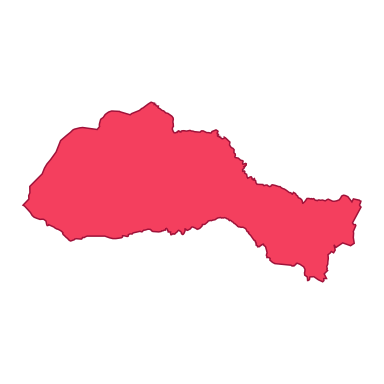 the district of Posaga, Alba, Romania
{"feature_id": "2599482B27316510351450", "entity_name": "Posaga", "entity_type": "district", "adm_level": 2, "iso_a3": "ROU", "parent_name": "Romania", "parent_adm1": "Alba", "projection": "mercator", "projection_center": [23.36, 46.459], "detail": "fine", "context": "isolated", "style": "filled", "palette": "rose", "viewbox_px": 384, "rotation_deg": 0, "n_neighbors": 0, "source": "geoboundaries", "source_scale": "gbopen_adm2", "svg_char_len": 6047}
<svg xmlns="http://www.w3.org/2000/svg" viewBox="0 0 384 384"><path d="M350.6,245.7L354.2,243.3L353.3,237.5L353.6,233.2L353.3,231.5L355.8,225.6L355.4,224.6L353.7,224.6L352.5,222.9L361.0,207.1L359.6,205.5L359.7,204.6L359.6,204.3L360.3,203.3L360.9,201.2L360.0,200.9L359.4,200.2L353.4,198.9L351.9,201.9L347.9,196.7L345.5,195.6L343.7,195.2L342.2,195.7L341.5,196.3L340.9,197.6L339.3,199.8L336.5,200.9L334.1,201.3L332.6,201.2L328.3,199.2L327.3,199.5L325.4,200.8L325.0,200.8L322.5,200.0L320.4,200.3L318.9,199.9L318.1,200.1L317.6,200.6L316.7,200.3L316.4,200.5L315.2,200.2L314.3,199.1L313.6,198.6L312.5,199.0L311.6,198.6L311.0,199.0L310.3,198.7L308.3,198.4L307.0,198.5L304.8,201.6L302.9,203.3L302.7,203.2L302.0,200.2L300.8,198.9L300.2,198.4L298.3,197.7L297.6,196.0L296.2,195.0L295.9,194.2L295.4,193.5L293.5,192.4L292.4,194.1L291.9,193.9L290.7,192.7L289.2,192.5L286.5,190.4L284.3,189.0L282.9,188.6L281.2,187.7L280.1,186.6L278.8,186.6L275.2,185.4L272.5,184.8L271.5,185.1L270.8,186.2L269.7,186.6L268.3,186.0L267.1,185.0L265.2,185.2L264.9,185.5L264.2,185.5L263.6,185.5L262.9,184.5L257.1,184.3L256.7,183.9L256.6,183.5L255.9,182.8L255.7,180.8L254.8,180.1L254.4,178.6L254.1,178.8L253.9,180.0L253.2,179.9L253.0,179.0L251.9,178.8L251.9,177.8L251.4,176.9L250.3,176.9L247.8,178.2L247.1,177.0L246.6,174.3L244.6,173.1L244.8,171.4L244.4,171.0L242.8,171.4L242.6,171.1L242.9,170.6L242.6,169.5L243.9,168.5L244.3,167.4L243.9,166.8L245.1,166.5L245.1,165.8L246.1,165.3L246.3,163.8L245.7,163.4L243.1,164.2L242.7,164.0L242.6,163.2L243.1,161.1L242.1,160.5L240.6,160.2L238.3,158.1L235.2,157.5L234.8,156.8L235.4,155.3L235.2,153.9L234.6,153.5L233.9,152.6L234.1,149.7L233.0,148.4L231.2,147.5L229.5,145.0L229.9,142.1L225.6,138.0L224.3,137.2L224.3,138.0L223.9,138.4L222.2,138.8L221.0,138.1L220.7,137.3L219.6,137.2L219.6,136.4L218.2,136.5L217.7,136.1L217.5,135.9L218.5,134.7L218.5,134.4L217.9,134.0L217.3,133.9L217.2,133.0L218.0,131.6L217.9,131.2L217.7,130.9L216.0,129.9L212.0,131.5L211.3,132.8L210.4,133.0L208.5,132.6L206.7,132.6L203.2,130.9L201.4,130.9L199.9,132.2L194.6,131.7L192.9,131.1L191.7,131.1L190.0,130.4L186.5,131.1L183.9,130.7L182.2,130.8L181.2,131.1L181.0,131.9L180.2,132.0L178.8,130.8L178.5,130.9L178.2,131.4L177.8,131.3L177.4,131.5L177.2,131.7L177.1,132.4L176.2,132.4L175.7,132.8L174.2,132.8L173.2,131.4L172.3,129.1L172.6,127.4L173.4,126.5L173.2,123.4L172.9,122.4L173.0,120.8L173.3,119.6L173.2,118.4L173.1,117.9L172.1,116.5L171.6,116.0L167.9,113.4L165.8,112.9L163.7,110.9L162.0,110.4L160.1,108.8L158.4,107.9L158.0,107.6L158.4,106.1L156.3,105.9L155.7,104.8L155.6,104.3L154.3,104.5L154.4,104.1L154.2,103.9L154.4,103.2L153.6,103.1L151.1,102.2L148.2,104.0L142.9,108.0L141.7,108.5L139.5,110.4L131.6,113.6L130.2,114.8L120.1,111.8L119.5,111.4L111.7,111.0L108.9,111.9L107.6,112.7L105.2,114.5L103.3,117.4L100.9,119.1L100.6,119.6L99.5,123.6L99.3,125.1L99.6,126.5L97.2,129.5L82.6,127.5L79.5,127.9L74.3,129.2L72.8,130.0L70.5,132.3L66.4,135.6L60.6,140.6L56.1,152.0L50.4,159.9L47.0,163.9L44.5,168.1L42.2,173.9L29.8,186.4L29.9,192.8L28.7,195.7L28.9,199.0L23.0,205.2L24.5,206.0L27.0,208.7L30.4,212.5L32.2,215.5L34.1,217.2L36.8,218.3L40.0,219.4L42.3,219.2L43.5,219.3L44.3,219.7L46.0,221.1L46.7,224.6L47.1,225.5L47.7,225.6L48.9,225.1L48.9,224.8L54.0,227.1L54.6,227.7L56.6,228.9L58.1,229.3L60.7,230.7L62.9,232.6L62.7,233.6L63.4,234.8L64.0,235.2L66.5,237.7L67.2,238.1L69.3,240.4L70.7,241.0L74.3,239.7L74.7,239.1L76.2,238.7L81.3,239.1L81.9,238.8L82.5,237.5L83.0,237.4L83.7,237.6L84.6,237.4L85.3,236.8L87.2,236.1L104.8,236.1L109.6,237.8L112.9,238.6L114.2,238.6L115.8,238.6L120.7,237.9L121.6,237.7L122.3,237.2L122.6,236.7L122.5,235.8L122.6,235.7L124.3,235.8L127.2,236.5L128.0,236.3L128.4,235.7L128.3,234.7L130.0,233.9L132.2,234.0L133.1,232.9L140.1,231.3L141.3,231.8L142.1,231.8L143.5,230.3L145.4,230.0L148.0,229.2L150.4,229.4L151.1,230.2L151.4,230.2L151.7,230.9L152.9,231.5L158.7,231.9L161.1,231.5L161.8,230.8L162.8,230.9L164.3,230.1L165.5,230.1L165.7,228.7L166.5,228.4L167.3,229.2L167.6,229.8L167.6,230.5L168.3,231.2L168.1,231.7L168.2,232.0L170.6,232.0L170.4,233.2L170.9,234.0L170.8,234.6L171.7,234.7L172.7,233.8L173.8,233.8L174.0,234.2L175.0,233.9L175.5,233.2L177.1,231.9L178.2,230.5L178.8,230.3L180.7,231.6L181.5,232.8L181.4,233.4L182.2,234.3L182.8,234.5L183.2,234.3L184.0,233.3L184.9,231.3L185.2,230.1L184.9,229.0L185.0,228.9L185.6,229.0L187.0,230.3L187.6,230.3L190.3,228.9L191.7,227.1L192.8,227.0L195.6,228.2L197.2,229.3L198.0,228.8L198.3,229.0L199.8,228.3L202.0,226.1L202.4,224.5L203.8,224.5L205.0,224.2L207.7,221.9L208.2,221.0L210.3,220.5L211.4,220.7L212.5,220.2L215.1,219.7L217.1,218.3L218.0,217.9L220.6,217.5L221.3,218.0L222.5,217.8L223.2,218.0L224.4,217.6L226.3,218.2L226.6,218.6L228.6,219.3L228.9,220.1L229.5,220.6L230.3,220.3L231.4,220.9L232.1,221.7L233.2,222.2L234.1,223.4L234.8,223.6L237.1,225.6L237.6,226.3L238.7,226.9L239.7,226.9L241.0,227.3L243.0,227.2L245.6,228.6L246.6,230.3L246.7,230.9L247.6,231.9L248.4,232.0L248.7,232.6L248.6,233.3L250.0,234.8L250.4,235.0L254.0,240.2L254.6,240.3L254.9,240.8L255.3,240.9L255.5,241.3L255.3,241.6L255.3,241.8L255.9,242.6L255.9,242.9L256.3,243.2L256.0,243.6L256.2,244.2L256.1,244.5L256.3,244.8L256.2,245.1L256.8,245.3L257.3,245.7L257.2,246.0L257.7,246.3L257.9,246.9L258.7,246.6L259.3,246.7L259.9,246.3L260.3,245.7L260.9,245.5L261.4,244.9L261.8,245.0L262.6,244.3L263.5,244.2L263.9,245.4L265.5,246.6L266.5,250.1L267.1,253.0L266.6,254.1L266.4,255.6L267.0,256.5L266.9,257.5L268.9,257.6L270.1,258.4L269.9,260.1L272.4,262.3L274.8,263.6L291.1,265.2L292.0,266.0L292.7,266.0L293.3,265.6L293.9,266.0L295.9,264.3L296.4,263.4L297.4,263.3L300.0,264.3L303.7,266.8L305.0,269.4L304.8,271.9L304.5,272.7L304.7,275.1L307.1,276.8L307.4,277.9L307.6,280.5L308.5,280.4L309.4,279.6L309.6,278.9L309.7,277.2L310.2,276.9L313.9,276.7L318.4,279.8L322.7,281.8L323.9,280.6L323.7,278.6L326.5,278.5L324.2,273.9L327.6,270.5L326.7,269.2L327.2,268.5L326.7,266.4L327.8,264.1L327.8,262.2L328.3,258.3L328.0,254.7L330.2,253.0L331.3,251.5L333.6,252.8L335.2,250.1L334.0,244.8L335.0,246.4L336.0,247.4L342.7,242.9L350.6,245.7Z" fill="#f43f5e" stroke="#9f1239" stroke-width="1.5"/></svg>